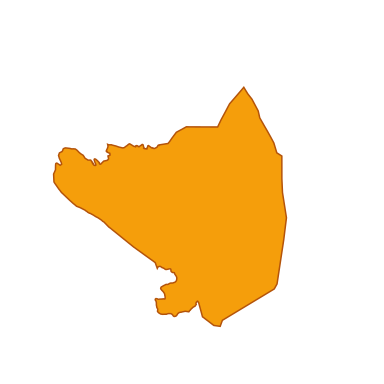 outline of Santa María Ipalapa, Oaxaca, Mexico, rotated 41°
{"feature_id": "50627088B14334632848246", "entity_name": "Santa María Ipalapa", "entity_type": "district", "adm_level": 2, "iso_a3": "MEX", "parent_name": "Mexico", "parent_adm1": "Oaxaca", "projection": "albers", "projection_center": [-98.024, 16.622], "detail": "fine", "context": "isolated", "style": "filled", "palette": "amber", "viewbox_px": 384, "rotation_deg": 41, "n_neighbors": 0, "source": "geoboundaries", "source_scale": "gbopen_adm2", "svg_char_len": 4793}
<svg xmlns="http://www.w3.org/2000/svg" viewBox="0 0 384 384"><g transform="rotate(41 192 192)"><path d="M296.0,278.4L301.4,274.9L299.1,268.9L317.7,211.2L316.5,205.6L292.4,167.6L287.4,160.2L280.2,149.5L260.6,133.0L251.1,123.0L236.2,105.9L230.3,106.8L221.6,101.3L216.1,99.2L213.1,98.1L209.2,96.7L202.5,94.4L194.5,91.6L188.8,87.4L184.1,85.6L176.3,82.6L169.6,81.3L162.4,79.0L162.5,90.1L162.5,94.5L162.5,100.7L163.3,104.2L164.7,110.1L166.6,118.6L168.7,126.1L157.0,136.2L144.9,146.6L144.8,147.0L141.0,157.2L141.5,164.2L142.0,168.6L142.1,171.1L136.3,178.0L136.5,178.4L136.0,178.6L135.9,178.8L135.8,179.0L135.9,179.7L136.1,180.4L136.1,181.3L135.5,183.0L135.3,183.4L135.1,183.7L134.8,184.1L134.2,184.2L134.0,184.3L133.7,184.4L133.8,184.5L133.6,184.7L132.4,185.2L128.7,185.5L128.5,185.9L128.4,186.0L129.5,188.7L129.3,188.7L129.4,189.0L129.5,189.2L129.3,189.3L128.5,189.8L128.4,189.9L128.4,190.0L128.1,190.1L127.9,190.2L127.6,190.5L127.4,190.6L127.0,190.6L127.1,190.2L126.0,189.8L124.4,188.6L123.9,188.5L123.5,188.6L123.2,188.8L123.1,189.1L123.1,189.7L123.1,190.1L122.9,190.3L122.7,190.6L122.6,191.3L122.5,192.0L122.5,192.3L121.8,192.9L121.7,192.8L121.2,192.8L120.7,192.9L120.3,193.0L120.0,193.1L119.6,193.5L119.5,193.8L119.3,194.1L119.8,194.5L119.8,194.9L118.8,195.3L118.2,195.7L115.7,196.1L113.4,196.5L112.8,197.5L112.5,199.8L112.3,200.3L111.7,203.1L111.5,203.4L111.2,203.6L111.1,203.8L110.9,204.1L110.6,204.3L108.5,205.4L107.6,205.9L107.2,206.1L104.4,207.2L101.9,208.5L100.8,209.0L100.1,209.3L98.9,210.4L98.4,210.8L97.5,211.3L97.1,211.4L97.6,211.8L98.2,212.2L98.8,212.9L99.5,214.4L100.1,216.6L100.4,217.3L100.7,217.5L101.3,217.2L101.6,217.6L103.6,217.1L104.6,216.7L105.5,217.5L105.9,217.8L105.0,219.9L105.6,220.1L105.4,220.3L107.3,221.7L107.4,222.6L107.2,223.8L105.1,226.6L104.8,231.0L104.1,231.4L103.4,231.3L103.0,230.7L100.2,230.4L98.1,230.4L97.0,230.7L96.7,231.1L96.9,231.8L98.7,233.0L101.2,234.2L101.8,234.8L101.8,235.0L101.6,235.4L101.5,235.6L101.3,235.7L100.5,236.1L100.4,236.1L99.8,235.8L99.2,235.5L97.5,235.0L97.7,235.4L96.8,235.0L94.9,234.4L94.6,234.4L92.7,236.1L89.7,236.6L89.2,236.7L87.2,236.1L85.8,235.7L83.3,236.1L81.0,236.2L77.8,235.9L75.7,236.1L74.2,237.2L72.9,238.4L71.5,239.1L71.4,239.1L67.6,241.7L67.1,242.4L66.6,243.5L66.5,243.8L67.2,245.7L67.3,246.0L67.3,246.4L67.3,247.1L67.1,247.3L66.7,248.4L66.3,249.5L67.3,252.0L70.1,253.8L70.7,254.0L72.2,254.7L74.0,255.5L75.4,256.6L75.0,258.3L71.2,258.8L70.7,259.2L70.6,260.0L71.3,261.1L72.7,262.8L74.4,264.8L75.8,269.3L76.0,269.5L80.7,274.4L80.9,274.6L81.1,274.8L81.8,275.2L84.2,275.8L88.2,276.8L88.7,276.9L89.2,277.1L91.1,277.4L93.7,278.0L105.2,278.5L110.4,278.6L111.1,278.5L113.1,278.5L114.2,278.5L117.8,277.2L120.3,276.6L122.3,276.1L123.0,275.9L123.4,275.9L124.1,275.9L125.8,275.6L126.1,275.7L126.5,275.7L127.6,275.5L128.5,275.3L129.2,274.9L131.1,274.5L131.4,274.4L132.0,274.3L132.9,274.1L133.7,274.0L135.3,273.8L138.0,273.1L142.3,272.6L143.8,272.7L145.1,272.4L152.1,273.0L152.7,273.0L153.1,272.9L184.0,271.8L199.5,270.4L210.5,269.4L215.9,272.4L215.5,270.7L216.3,269.4L217.2,268.8L217.9,268.8L218.4,268.7L219.1,268.7L219.6,268.4L221.0,268.0L222.6,267.9L223.3,267.5L224.4,266.2L225.2,265.0L226.1,264.2L226.4,264.2L226.7,264.2L228.1,265.5L228.7,265.7L229.7,265.6L230.2,265.5L230.7,265.1L231.6,264.5L232.0,264.7L232.8,265.2L233.4,265.4L234.3,265.6L235.3,265.9L236.2,266.3L236.9,266.8L237.6,267.7L238.2,268.7L238.5,269.7L238.3,271.4L237.8,272.1L237.2,273.3L236.3,274.1L235.4,275.0L234.8,276.4L234.7,277.1L234.1,277.9L233.4,278.4L232.8,279.2L232.5,280.2L231.9,281.5L231.6,282.6L231.3,283.4L231.1,284.1L231.5,285.2L232.1,285.6L232.6,285.8L233.2,285.8L233.8,286.0L234.7,286.0L235.5,286.1L236.4,286.3L237.2,286.5L238.2,286.9L238.9,287.5L239.1,287.7L240.0,288.3L241.2,289.5L241.7,290.3L241.4,290.8L240.4,291.5L239.7,292.3L238.9,293.1L238.0,293.9L237.3,294.7L236.7,295.3L235.8,295.4L235.3,295.7L234.7,296.1L234.6,297.0L235.1,297.6L236.1,297.9L236.7,298.1L237.4,298.7L237.9,299.1L238.5,299.8L239.3,300.7L240.1,301.3L241.2,302.2L241.9,302.5L242.5,302.6L243.1,303.0L243.8,304.0L244.1,304.6L244.8,304.9L245.9,305.0L246.5,305.0L247.4,304.8L248.3,304.7L249.3,304.1L250.1,303.6L251.0,302.7L251.9,301.9L252.9,301.0L253.3,300.2L253.9,299.3L254.7,298.6L255.3,298.1L256.0,297.6L257.1,297.4L258.2,297.5L259.2,297.8L260.1,297.7L260.6,297.3L261.1,296.5L261.4,295.8L261.4,295.0L261.2,293.9L261.1,293.0L261.4,291.5L262.1,290.4L262.7,289.8L263.5,288.6L264.3,287.6L264.7,287.0L265.6,286.1L266.5,285.6L268.2,284.5L268.2,284.0L268.0,283.3L268.2,282.4L268.1,281.3L268.2,280.3L268.3,279.5L268.4,278.4L268.7,277.4L268.9,276.9L269.2,276.2L269.1,275.6L269.0,274.5L269.0,274.1L268.2,273.6L267.8,273.0L267.6,272.3L267.7,271.6L267.6,271.3L267.9,270.7L268.8,271.0L269.4,271.0L271.2,272.2L281.8,279.3L296.0,278.4Z" fill="#f59e0b" stroke="#b45309" stroke-width="1.5"/></g></svg>